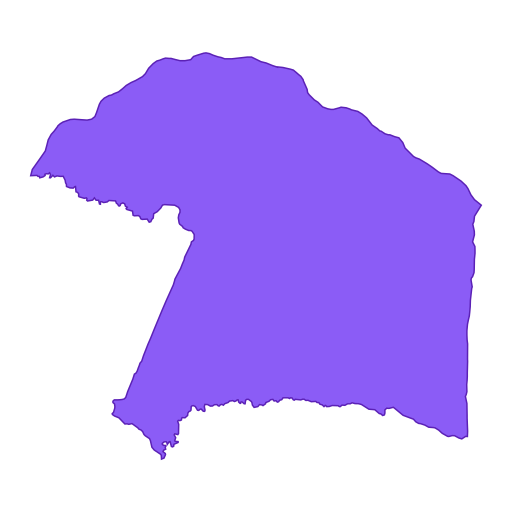 Bosobolo, Équateur, Democratic Republic of the Congo
{"feature_id": "63176286B50098701443330", "entity_name": "Bosobolo", "entity_type": "district", "adm_level": 2, "iso_a3": "COD", "parent_name": "Democratic Republic of the Congo", "parent_adm1": "Équateur", "projection": "albers", "projection_center": [19.647, 4.521], "detail": "fine", "context": "isolated", "style": "filled", "palette": "violet", "viewbox_px": 512, "rotation_deg": 0, "n_neighbors": 0, "source": "geoboundaries", "source_scale": "gbopen_adm2", "svg_char_len": 6019}
<svg xmlns="http://www.w3.org/2000/svg" viewBox="0 0 512 512"><path d="M481.3,205.2L474.5,199.7L470.9,194.8L468.0,188.7L466.0,185.7L461.2,181.2L458.9,179.6L453.1,175.7L449.8,174.0L441.1,173.4L438.2,171.8L432.7,167.6L427.5,164.0L419.4,159.1L415.8,157.8L413.5,156.5L405.1,148.1L402.8,142.6L398.9,137.8L394.7,136.7L389.9,134.8L388.3,134.8L385.0,133.8L381.1,131.2L379.8,130.9L377.3,128.6L372.1,125.0L366.6,117.9L362.0,114.0L357.8,111.4L351.3,109.8L350.0,109.1L346.2,107.8L341.0,107.2L339.4,107.8L333.5,109.4L330.9,109.4L327.7,108.8L322.5,106.9L318.0,102.3L315.1,100.4L314.4,100.0L309.2,94.8L307.6,92.6L307.1,89.3L303.4,80.9L303.1,79.6L300.8,76.3L299.5,75.3L293.4,70.1L290.5,69.2L283.0,67.5L277.5,66.9L277.5,67.2L272.6,65.6L266.2,63.0L261.0,61.7L251.6,57.1L247.1,57.1L231.9,58.8L224.7,58.8L221.2,57.5L217.9,56.8L213.1,55.2L209.5,53.6L206.0,52.9L203.7,53.2L197.2,55.2L193.5,56.5L190.7,59.7L184.9,60.7L180.1,60.7L175.9,59.7L171.0,58.4L169.1,58.4L165.5,58.1L163.2,58.8L160.0,60.1L156.8,61.0L153.2,63.6L148.7,68.2L145.4,73.7L142.5,76.6L135.7,80.5L131.2,82.5L126.3,85.4L122.7,88.6L118.5,91.9L113.7,93.8L111.4,95.1L109.1,95.5L104.3,98.1L102.0,100.3L101.0,101.3L99.4,104.2L96.5,112.7L94.9,116.6L91.6,119.2L87.1,120.1L82.6,119.8L74.2,119.2L70.3,119.5L62.8,122.1L60.9,123.4L60.6,123.4L58.0,125.7L57.3,126.9L54.1,131.2L51.2,134.4L48.2,139.9L46.9,145.1L45.3,151.0L40.1,158.5L32.3,169.5L30.7,175.7L37.0,175.4L38.0,176.4L39.4,176.4L39.8,177.8L43.1,176.9L45.1,175.5L44.9,174.3L46.4,173.7L48.2,173.9L49.6,172.8L50.5,174.6L49.6,177.7L50.5,177.8L52.9,175.3L54.5,176.9L57.0,175.9L60.3,176.4L63.2,176.3L65.1,180.1L65.6,182.9L66.4,184.3L66.5,186.5L70.0,187.9L73.2,188.1L74.7,186.7L75.5,186.5L76.0,191.8L77.6,192.4L78.7,194.0L78.6,196.1L79.1,196.8L84.3,198.3L86.5,197.9L86.8,198.4L87.0,198.9L86.7,200.2L87.6,201.0L92.7,200.1L94.4,197.9L96.0,200.2L98.6,200.3L99.5,204.0L100.4,204.2L100.4,202.2L100.7,201.7L102.1,201.8L103.3,202.5L104.7,202.4L107.3,201.9L108.9,200.5L115.5,200.9L116.1,202.4L116.3,203.1L117.7,204.2L118.6,205.8L119.6,206.0L120.2,205.4L120.6,203.9L122.8,202.9L124.7,203.8L125.4,206.2L127.2,207.2L126.1,208.7L126.9,209.5L132.5,211.1L133.1,215.3L134.4,215.8L138.4,215.6L139.8,216.5L140.8,218.8L142.1,219.4L147.2,219.1L149.2,222.2L150.8,221.7L151.9,219.3L153.2,218.1L153.7,213.7L157.2,211.7L160.7,208.1L162.5,205.1L164.5,204.6L174.7,205.2L178.6,207.4L180.0,209.8L180.0,212.3L178.8,214.8L178.3,217.8L179.1,222.9L179.7,224.2L182.6,226.5L183.1,227.7L185.3,229.1L188.7,230.5L191.1,230.6L192.1,231.3L194.2,234.5L194.1,239.1L193.5,240.4L191.4,241.9L190.9,244.4L184.7,257.1L184.1,260.0L182.4,263.9L180.6,268.5L175.0,279.0L174.4,281.4L173.3,285.0L166.3,300.5L161.8,311.0L154.5,328.6L150.7,338.0L148.0,344.2L143.5,355.7L141.7,361.2L140.2,362.9L139.9,363.5L139.3,365.4L138.3,367.9L137.1,371.3L135.8,373.3L134.4,374.1L132.8,379.2L127.7,391.5L126.8,394.3L125.7,397.5L124.1,399.0L122.1,399.5L119.3,399.8L117.3,399.9L116.0,399.9L114.3,399.9L113.3,400.7L112.9,401.5L113.0,402.6L114.5,403.9L114.9,406.8L114.7,408.4L113.5,412.4L112.2,413.6L112.4,414.5L114.5,416.0L118.9,417.8L124.9,424.0L127.0,423.8L128.8,424.3L132.0,423.6L137.8,427.8L138.2,428.3L139.1,429.3L140.7,429.8L142.6,431.5L144.0,434.5L145.3,435.8L149.5,438.6L150.4,440.6L151.9,447.2L154.2,450.0L160.5,454.2L161.3,455.4L161.5,459.1L164.0,458.1L165.5,454.6L165.3,453.5L163.0,451.7L163.6,450.2L165.7,449.2L165.2,447.5L165.9,446.1L165.7,445.5L163.7,445.4L163.2,445.0L162.4,444.5L162.3,443.4L164.1,441.9L166.1,441.7L166.7,442.2L167.3,444.4L169.3,441.6L170.1,441.6L171.4,446.5L172.6,446.9L173.7,446.2L173.9,444.3L178.1,442.5L178.1,441.6L175.1,441.3L174.8,440.4L175.7,437.7L174.2,434.9L174.7,433.9L175.6,434.0L177.8,434.6L178.5,433.6L178.7,424.3L177.7,421.4L178.0,420.9L178.3,420.4L180.0,420.6L181.4,420.0L181.7,418.3L182.2,417.6L185.0,417.8L187.6,415.5L187.9,413.0L188.9,411.6L190.3,411.0L191.0,410.1L191.2,406.7L191.9,405.9L193.3,405.6L195.3,406.5L197.5,410.2L198.7,410.4L200.3,409.1L201.2,409.1L203.2,411.2L204.4,411.4L204.8,411.1L205.0,410.0L204.3,406.6L204.9,404.4L207.7,404.6L210.4,406.1L212.5,406.0L214.4,404.7L217.0,404.6L218.3,405.9L219.3,406.0L220.4,404.7L221.9,404.4L223.4,405.2L224.7,403.7L228.1,402.5L229.6,401.0L230.4,401.0L232.8,400.6L234.4,401.5L235.9,401.0L237.3,399.8L238.2,399.9L238.6,402.0L240.1,403.4L240.6,403.3L240.6,402.4L241.2,401.9L242.3,402.1L244.2,403.8L245.1,403.8L245.6,400.2L246.9,399.3L248.6,399.4L251.3,401.5L251.9,402.5L252.4,405.1L254.1,407.4L257.8,406.6L258.2,406.2L259.5,404.6L262.1,405.0L263.0,405.6L265.5,403.8L265.9,402.5L269.0,401.3L270.6,399.7L272.9,399.4L274.1,401.0L276.0,400.7L277.3,402.1L278.5,401.8L279.8,400.2L281.7,399.7L283.1,397.8L288.1,397.8L289.6,398.5L290.4,397.8L291.9,397.9L293.4,399.9L294.5,400.1L295.2,399.3L300.8,399.9L302.7,399.2L304.1,399.2L305.8,400.4L308.0,400.3L311.3,401.7L315.8,401.4L317.0,402.5L318.9,402.6L319.9,404.2L322.3,404.9L324.0,406.6L325.2,405.4L325.8,405.6L326.6,406.6L329.2,406.5L332.2,405.5L338.1,405.7L339.4,406.6L340.3,406.6L342.0,405.1L344.9,405.3L347.6,403.8L350.2,403.8L352.1,402.8L355.0,403.6L358.6,403.7L361.5,404.5L368.9,409.2L372.5,409.5L374.8,409.7L379.3,413.6L380.7,413.8L382.7,415.5L384.4,414.9L384.9,413.1L384.9,409.9L386.7,408.2L389.0,408.4L393.3,407.3L394.4,408.1L403.1,415.3L413.5,419.2L415.8,421.8L418.6,423.4L420.7,423.7L424.9,425.1L428.7,427.2L433.7,427.6L435.1,427.9L438.7,430.1L441.1,432.3L442.2,433.3L447.5,436.3L448.8,436.5L452.2,435.6L454.6,435.7L458.9,438.0L461.8,438.9L465.6,436.4L467.4,436.5L467.6,431.2L467.3,423.4L467.1,418.1L467.1,415.3L467.0,409.4L466.9,403.5L465.4,396.4L466.2,394.6L466.9,391.7L466.7,384.5L467.1,380.5L467.3,376.4L467.3,372.7L467.6,361.2L467.5,359.2L467.6,343.9L467.1,339.8L466.9,334.8L466.9,330.8L467.1,328.4L467.5,324.2L468.4,319.8L469.3,316.0L469.7,312.3L470.2,306.7L470.4,300.3L471.7,288.5L472.2,286.9L471.0,279.8L471.5,277.8L472.5,276.8L474.0,272.7L474.2,269.9L474.4,259.3L475.0,253.4L475.0,250.1L474.9,246.5L472.6,241.9L473.4,238.7L474.4,234.9L474.3,231.3L472.8,224.2L473.9,221.5L474.5,216.2L481.3,205.2Z" fill="#8b5cf6" stroke="#5b21b6" stroke-width="1.5"/></svg>